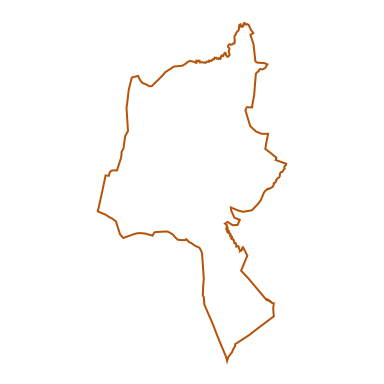 outline of Nueva Vizcaya, Nueva Vizcaya, Philippines
{"feature_id": "2640588B36229801410553", "entity_name": "Nueva Vizcaya", "entity_type": "district", "adm_level": 2, "iso_a3": "PHL", "parent_name": "Philippines", "parent_adm1": "Nueva Vizcaya", "projection": "equal_earth", "projection_center": [121.302, 16.256], "detail": "fine", "context": "isolated", "style": "outline", "palette": "amber", "viewbox_px": 384, "rotation_deg": 0, "n_neighbors": 0, "source": "geoboundaries", "source_scale": "gbopen_adm2", "svg_char_len": 5709}
<svg xmlns="http://www.w3.org/2000/svg" viewBox="0 0 384 384"><path d="M271.9,302.9L271.6,302.4L270.7,302.1L270.7,301.6L270.6,301.3L270.4,301.2L270.3,301.3L269.8,301.4L269.6,301.3L269.5,300.7L268.9,300.6L268.5,299.9L268.3,299.8L268.0,299.8L267.5,300.4L267.4,300.3L267.3,300.0L267.0,299.7L266.8,299.1L266.3,299.3L266.1,299.5L248.7,278.8L246.3,276.2L241.1,270.7L247.3,255.7L243.6,248.2L242.8,248.3L242.7,247.5L242.1,248.2L242.3,248.5L242.2,248.8L241.7,250.0L241.5,250.5L241.0,251.0L240.8,251.5L240.9,250.9L240.6,250.7L240.3,250.9L240.5,250.3L240.4,250.1L240.2,250.0L239.9,250.0L239.5,249.8L239.3,249.2L238.9,248.1L238.8,247.2L238.4,246.4L238.1,246.4L238.0,246.2L237.9,246.1L237.5,246.3L237.0,246.2L237.0,246.4L236.7,246.6L236.5,246.3L236.3,246.3L236.5,245.8L236.1,244.8L236.0,244.7L235.8,244.3L236.0,244.0L236.0,243.8L235.6,243.5L235.5,243.2L235.1,243.4L234.5,243.2L234.4,243.1L234.2,242.6L234.1,242.1L234.1,241.7L234.0,241.1L233.9,241.0L233.9,240.7L233.4,240.3L233.5,239.6L232.9,239.2L232.6,238.9L231.9,239.0L231.8,238.8L231.6,238.8L231.3,238.4L231.4,237.9L231.7,238.1L231.9,238.0L232.0,237.0L231.8,236.8L231.6,236.9L231.7,236.6L231.1,236.3L230.8,235.8L230.7,235.1L230.3,235.4L230.4,234.6L230.1,234.5L230.1,234.2L229.9,233.9L229.5,233.7L229.5,233.3L229.7,233.1L229.5,232.7L229.3,232.5L229.2,232.7L228.9,232.8L228.7,232.3L228.6,232.8L228.2,232.7L228.1,232.3L228.3,231.9L227.9,232.1L227.5,231.8L227.5,231.6L227.4,231.7L227.2,231.1L227.0,230.8L227.0,229.9L227.2,229.5L227.0,229.3L227.4,229.1L227.3,228.9L227.2,228.9L227.3,228.6L227.3,228.2L227.7,228.0L227.6,227.7L227.4,227.8L227.4,227.5L227.2,227.0L226.9,226.9L226.7,227.1L226.8,226.7L226.7,226.3L226.9,225.7L226.8,225.1L225.7,224.3L225.4,223.6L225.2,223.5L227.6,221.9L232.7,225.2L237.6,224.9L239.8,219.8L234.4,217.7L231.1,210.3L230.9,207.5L238.2,210.5L243.0,211.8L251.9,210.3L258.5,203.3L260.9,200.0L264.0,192.5L265.5,190.5L266.9,189.7L267.5,188.8L268.1,188.8L268.5,189.0L268.8,189.0L269.4,188.3L270.4,188.3L272.1,187.1L272.7,186.9L273.3,185.4L274.0,184.3L273.7,183.3L273.9,183.1L274.6,182.9L275.2,182.5L276.2,181.2L276.0,180.3L276.7,179.6L276.8,179.2L277.3,178.9L277.5,178.4L277.9,178.1L279.1,177.4L279.7,176.4L279.8,176.0L279.8,174.7L280.0,173.5L281.0,172.2L281.3,172.0L282.4,171.8L282.6,171.6L283.5,169.9L284.7,168.7L284.7,168.3L284.3,167.3L284.3,166.9L284.7,166.1L285.8,165.3L285.9,164.9L286.0,164.4L286.2,163.8L275.7,160.0L276.4,157.7L270.6,153.0L265.3,148.9L266.2,143.4L268.1,133.8L261.7,133.8L256.0,131.5L250.2,126.1L245.4,110.2L246.8,107.2L252.1,107.4L252.4,104.4L254.1,95.6L254.4,92.5L254.7,87.7L255.9,73.6L258.0,71.4L258.7,71.3L258.9,70.4L259.4,69.6L260.3,69.0L262.2,69.5L265.1,68.1L267.4,64.4L264.1,63.0L262.6,62.9L261.1,63.0L260.5,62.8L259.3,62.8L258.8,62.6L257.5,62.7L256.1,61.9L255.1,60.7L255.2,59.2L254.4,52.5L253.5,44.2L250.4,34.8L253.3,33.1L251.0,30.0L248.6,24.8L248.2,24.7L247.5,24.2L247.3,24.2L246.7,24.5L246.5,24.2L246.1,24.1L245.6,24.2L245.4,23.7L245.1,23.7L244.9,23.4L244.3,23.0L243.9,23.2L243.9,23.6L243.6,23.8L243.5,24.5L243.6,25.0L243.2,25.3L243.5,25.5L243.3,25.8L243.2,25.8L243.2,26.3L243.0,26.5L242.5,26.7L242.2,26.6L241.9,26.8L241.7,26.8L241.4,26.7L240.8,26.3L240.9,25.7L240.6,24.3L239.4,24.8L238.9,27.7L238.9,27.9L239.2,27.8L239.0,28.4L238.8,29.7L238.5,30.4L238.2,30.8L237.9,31.0L237.5,31.1L237.0,31.8L236.6,32.5L236.0,33.3L235.7,34.6L235.0,35.4L234.5,36.3L234.4,37.1L234.8,41.8L234.4,43.3L233.9,43.0L233.5,43.5L232.3,44.2L232.0,44.6L230.7,44.7L230.3,44.4L229.8,44.2L229.3,44.3L228.2,45.6L228.0,46.2L228.0,46.9L228.9,47.8L229.3,48.4L229.4,49.3L228.7,51.2L229.1,53.1L229.5,54.2L229.6,54.6L229.4,55.3L228.4,56.4L227.4,56.8L227.1,56.5L226.0,54.9L225.7,53.2L225.4,52.9L225.0,52.9L224.6,53.2L223.7,54.5L223.6,55.1L223.3,56.1L222.9,56.2L222.1,55.6L221.9,55.5L221.7,55.9L221.0,56.3L220.9,56.9L220.7,57.7L220.7,58.5L220.3,58.8L220.1,58.6L219.9,58.5L219.3,58.8L219.3,58.5L219.1,58.2L218.9,58.2L218.3,58.8L217.6,58.4L217.3,58.4L216.8,58.7L216.4,58.4L216.4,58.1L216.2,57.8L215.7,57.9L214.9,57.7L214.9,57.9L214.6,58.2L214.4,58.3L214.0,59.4L213.8,59.6L213.6,59.6L213.0,59.3L212.0,59.8L211.5,60.9L211.3,61.0L210.5,60.6L209.9,60.8L209.1,60.6L209.0,60.8L209.1,61.5L208.8,61.9L208.2,61.8L207.7,61.5L207.0,61.5L206.6,61.8L206.4,62.4L206.3,62.5L205.7,62.6L205.3,62.8L205.1,62.8L204.8,62.5L204.5,62.4L203.9,62.6L203.3,62.6L202.3,62.2L200.0,62.4L199.7,61.5L199.5,61.3L199.3,61.3L199.2,61.1L199.3,60.9L199.0,60.9L199.0,61.1L198.7,61.1L198.5,60.6L198.3,60.5L197.5,60.9L197.4,60.9L197.3,61.0L197.2,61.0L196.9,61.7L196.6,61.5L196.7,61.9L196.4,62.8L196.0,62.9L194.0,61.8L189.7,60.9L188.9,61.6L187.5,61.9L186.5,63.1L183.6,65.0L182.2,65.7L173.8,66.6L164.7,72.6L164.4,73.2L162.8,75.2L151.7,86.2L149.0,86.2L147.2,84.9L142.6,83.0L140.7,81.0L138.8,77.7L138.1,75.9L131.8,77.5L128.7,89.9L127.2,103.1L126.5,107.8L128.0,131.1L125.2,136.0L123.4,148.6L121.6,151.8L121.4,155.7L120.7,159.0L119.8,161.6L117.0,170.4L112.7,170.4L111.4,170.7L109.6,172.6L108.9,175.8L105.6,175.4L101.5,194.9L97.8,211.4L105.8,214.8L109.2,217.1L112.4,218.7L115.9,221.3L120.0,234.2L123.2,238.0L134.7,233.9L136.9,233.3L140.6,233.1L145.4,233.6L152.6,235.7L153.4,234.0L153.9,233.1L154.6,232.4L155.4,232.1L165.0,231.5L167.7,231.6L169.7,232.6L170.4,233.1L171.6,233.6L173.4,235.1L175.3,237.4L177.7,239.7L181.4,240.1L184.3,240.1L185.7,239.9L186.3,239.2L189.4,242.3L191.2,243.0L194.8,245.6L199.4,247.7L201.4,251.3L202.1,253.9L203.8,278.9L203.2,285.8L202.8,295.5L203.9,297.4L204.3,304.4L205.9,308.2L211.5,321.0L214.0,327.0L216.8,334.6L226.0,356.7L227.1,361.0L228.4,357.0L232.4,351.6L232.9,349.6L233.3,349.1L234.5,347.0L235.0,346.4L235.1,345.8L235.0,345.3L235.2,344.8L235.1,344.2L249.4,334.9L253.5,331.6L273.8,316.3L273.2,308.5L273.8,303.3L271.9,302.9Z" fill="none" stroke="#b45309" stroke-width="2"/></svg>